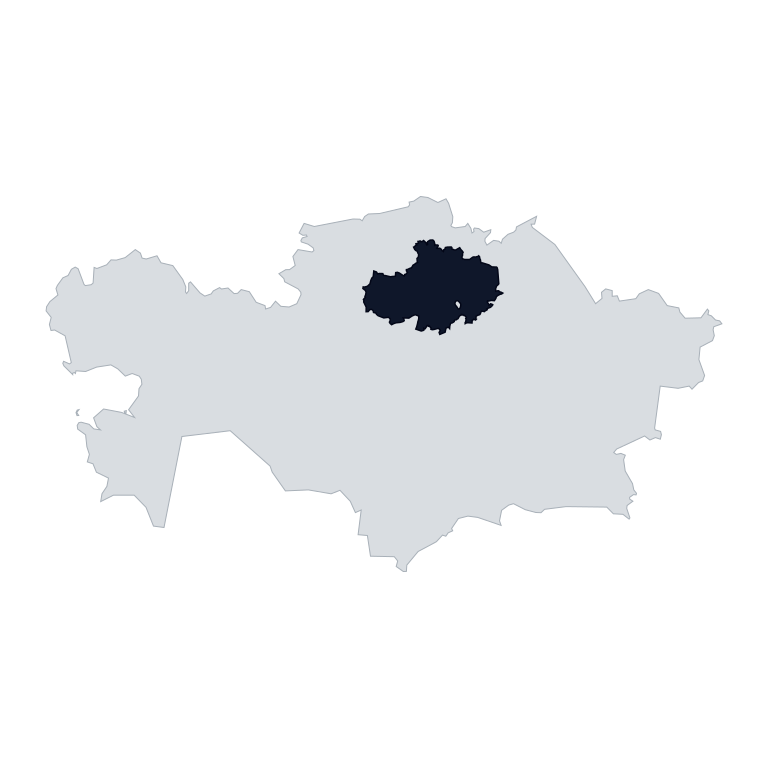 Aqmola on a map of Kazakhstan (Albers equal-area conic projection)
{"feature_id": "KAZ-3202", "entity_name": "Aqmola", "entity_type": "Region", "adm_level": 1, "iso_a3": "KAZ", "parent_name": "Kazakhstan", "parent_adm1": "", "projection": "albers", "projection_center": [70.159, 51.837], "detail": "fine", "context": "in_parent", "style": "filled", "palette": "ink", "viewbox_px": 768, "rotation_deg": 0, "n_neighbors": 0, "source": "natural_earth", "source_scale": "10m", "svg_char_len": 7450}
<svg xmlns="http://www.w3.org/2000/svg" viewBox="0 0 768 768"><path d="M452.7,530.8L448.2,532.8L445.8,536.2L442.5,535.1L436.4,541.7L418.1,551.5L406.8,565.1L406.4,571.4L403.3,571.5L396.2,566.5L397.7,561.0L394.3,556.7L370.5,556.2L367.4,535.5L358.1,534.7L361.2,510.0L355.4,512.6L350.3,501.3L340.0,490.3L331.1,493.8L308.4,489.9L285.4,490.9L272.2,472.1L270.1,466.1L230.2,430.7L181.9,436.5L164.0,527.5L153.5,526.1L146.0,507.3L134.2,495.2L113.4,495.2L100.7,501.6L102.0,493.7L106.9,486.4L108.5,478.1L96.4,472.2L93.0,463.8L87.3,461.9L89.4,454.4L86.9,446.8L85.6,434.8L77.7,429.1L77.2,425.4L78.8,422.7L81.1,422.2L89.1,424.3L93.8,428.9L100.5,429.9L96.9,426.7L93.6,417.8L103.6,409.0L121.5,412.4L134.6,417.5L128.6,409.7L138.5,396.0L139.0,388.7L141.9,384.3L141.3,379.3L139.3,376.2L132.2,373.5L125.3,376.1L117.7,368.8L110.9,364.9L96.6,367.1L85.6,371.5L76.0,370.8L75.4,373.5L74.3,372.5L72.6,373.3L72.7,374.6L63.9,365.9L62.8,363.3L63.6,361.3L69.5,363.9L71.3,362.6L65.1,335.8L54.6,330.0L51.0,330.5L49.4,324.5L51.2,317.4L46.1,310.9L46.6,306.7L49.9,301.6L57.9,295.0L56.0,288.6L57.4,285.4L62.9,277.8L68.1,275.5L71.4,269.3L75.2,267.1L78.1,268.7L84.0,284.4L85.3,285.6L91.2,284.7L93.1,283.0L94.1,267.4L96.9,268.5L106.7,264.8L111.0,259.9L116.4,260.1L125.2,257.6L135.3,249.6L140.4,253.1L142.1,258.1L146.2,259.0L157.0,255.8L161.0,262.8L172.8,265.6L182.8,279.5L185.8,286.9L185.5,292.0L186.6,293.5L188.7,290.7L188.7,283.2L190.5,281.9L200.0,292.9L204.8,296.1L211.2,293.9L213.3,290.9L219.6,287.6L221.5,289.0L228.0,288.0L234.1,293.6L237.6,293.3L241.2,289.6L249.3,291.7L256.2,302.3L265.0,305.6L265.6,309.0L270.6,307.4L275.5,301.2L280.8,306.3L289.1,307.0L296.8,303.7L301.0,294.7L300.8,292.2L298.1,288.9L284.7,281.8L283.9,278.6L278.9,273.7L285.7,269.7L289.6,269.6L295.2,265.5L292.9,256.5L298.0,249.6L312.1,252.0L313.9,250.6L313.2,247.9L308.1,244.2L301.3,241.9L300.9,240.5L302.3,237.9L307.1,236.5L306.4,235.0L302.9,235.3L299.1,233.0L304.1,223.4L314.3,226.5L353.0,219.0L359.9,219.2L362.2,220.8L364.7,216.5L368.4,214.0L379.5,213.5L408.2,206.8L409.6,204.9L409.1,202.1L413.8,201.1L420.5,196.5L427.9,197.5L437.9,202.5L446.0,198.8L448.6,203.3L452.8,216.7L452.4,222.7L450.9,225.4L451.5,226.6L455.2,227.9L465.2,226.5L467.8,223.4L470.9,228.4L472.0,233.0L474.0,231.6L473.6,229.2L474.4,228.0L478.8,228.6L483.7,232.2L490.8,229.7L490.5,232.6L485.1,238.5L484.9,241.3L486.9,245.1L493.6,240.4L498.9,241.2L501.2,243.3L502.5,239.2L508.0,234.3L513.6,232.2L515.9,230.0L516.5,226.9L536.6,216.3L534.6,224.1L531.1,224.2L532.3,227.4L554.9,244.5L585.0,286.6L595.6,303.7L602.0,298.4L601.5,292.3L605.7,288.9L612.2,290.6L612.2,296.3L617.3,295.8L619.4,301.1L635.8,298.7L639.3,293.8L648.3,289.6L658.6,293.4L667.2,305.6L678.8,307.9L679.9,312.1L685.1,318.2L701.0,317.8L707.4,309.1L708.8,310.9L707.9,314.6L711.3,315.8L715.5,320.0L719.7,320.9L721.9,323.8L713.8,326.7L713.1,329.7L714.3,335.7L712.5,340.6L700.1,347.1L698.9,359.6L704.6,375.5L702.7,380.9L698.6,382.5L692.0,389.2L689.2,386.1L678.1,388.3L660.2,386.1L654.6,428.1L655.2,429.9L660.6,431.4L661.4,434.7L660.3,439.2L655.4,437.6L649.9,440.0L644.6,436.0L616.7,449.0L613.7,452.5L616.3,454.4L620.9,453.4L625.3,455.2L623.6,459.6L625.2,471.0L632.5,483.6L633.8,489.9L636.5,493.3L636.1,494.9L633.5,494.6L629.6,497.3L629.7,499.1L632.9,501.2L627.1,505.5L626.7,508.4L629.9,517.9L629.1,519.1L622.9,514.3L613.4,513.8L606.8,507.1L566.1,506.6L544.6,509.3L541.0,512.7L535.9,512.5L525.3,509.7L513.5,503.7L508.7,505.1L501.6,510.3L499.5,520.8L501.1,525.4L477.7,517.4L467.9,516.1L458.4,518.5L451.6,528.5L452.7,530.8ZM78.7,415.5L77.0,415.6L76.0,412.6L77.2,410.1L79.0,409.6L76.8,412.5L78.7,415.5ZM126.0,413.3L124.6,412.6L124.2,411.2L126.3,410.6L126.0,413.3Z" fill="#d9dde1" stroke="#a8b0b8" stroke-width="1"/><path d="M364.3,287.1L367.4,286.3L370.0,283.8L370.8,280.5L371.8,278.1L373.2,276.7L373.8,271.0L376.5,272.0L377.6,273.9L379.2,273.5L382.8,273.6L383.5,275.4L385.4,275.6L390.6,276.8L392.1,276.5L395.4,276.3L395.7,272.6L397.4,272.3L399.3,273.0L402.9,275.4L404.3,275.9L404.7,275.1L404.7,274.5L405.9,274.2L407.5,272.3L406.4,270.8L406.4,269.6L407.4,269.5L410.6,268.0L411.3,268.1L411.8,267.2L412.3,266.7L412.5,266.1L413.1,265.1L414.5,264.4L415.6,263.4L417.5,262.5L417.3,262.3L417.0,258.4L418.2,257.3L418.7,254.6L417.9,253.1L417.2,251.2L415.6,250.4L414.6,249.2L413.6,247.1L414.7,246.5L415.1,246.0L415.6,245.4L416.6,245.0L416.2,244.7L416.0,243.7L417.6,243.5L418.5,243.2L418.3,242.8L418.0,241.5L418.6,241.5L419.1,241.2L420.1,241.0L420.6,241.1L420.7,241.6L421.9,241.7L422.8,241.1L423.6,240.5L425.0,241.8L425.6,242.5L426.1,242.9L426.6,244.8L427.5,244.7L427.7,243.8L427.0,243.1L427.2,242.5L427.7,241.6L430.1,240.1L432.8,240.0L433.6,240.7L434.1,241.4L434.7,243.5L434.7,245.2L435.3,244.8L436.1,245.0L437.6,245.0L438.2,245.4L438.0,246.3L437.4,247.3L436.9,248.3L437.8,248.4L439.8,248.2L441.3,249.3L442.3,250.9L443.4,251.5L443.7,249.8L444.8,249.3L445.4,247.5L447.5,247.1L451.3,247.0L451.7,247.4L451.9,247.7L451.9,249.1L453.8,249.6L454.3,250.0L455.2,250.1L456.0,249.8L459.7,247.7L460.8,249.5L462.4,251.2L463.1,252.3L462.6,253.2L462.5,255.7L461.7,257.0L462.6,258.8L464.7,259.5L469.6,259.5L472.7,257.2L473.9,256.9L475.5,257.1L477.4,256.5L478.2,256.4L478.7,255.8L479.6,256.9L479.7,258.3L480.4,259.7L480.9,262.8L482.4,262.9L488.9,264.9L491.8,266.9L496.6,267.1L497.1,267.6L497.7,269.6L498.8,283.8L498.1,284.7L496.6,286.0L495.6,288.7L495.8,291.2L497.7,290.8L498.8,290.8L499.2,291.7L501.1,292.2L502.8,293.1L501.6,294.0L500.1,294.3L497.8,295.5L496.3,296.7L496.0,298.0L495.3,299.3L494.3,300.7L491.3,300.4L488.4,301.1L487.6,300.9L487.3,301.8L487.5,302.4L488.5,303.8L488.9,304.7L488.9,305.3L489.8,304.9L490.6,303.8L492.1,304.3L492.8,304.8L492.0,305.9L490.5,307.3L487.8,308.3L486.8,308.9L487.2,309.7L485.7,310.6L484.9,311.0L484.5,311.6L481.7,311.1L480.5,312.7L480.5,313.5L479.8,314.6L478.5,315.1L477.9,315.1L477.2,315.6L476.1,316.2L476.0,316.9L476.1,317.2L475.7,317.7L475.8,318.7L476.4,319.1L475.6,320.0L473.5,319.2L473.0,320.0L472.2,320.3L472.0,323.0L467.7,322.7L465.9,323.1L465.2,323.6L465.1,322.7L465.6,321.9L465.9,320.7L466.1,319.0L465.7,318.6L466.4,317.2L464.6,315.5L463.9,315.5L463.4,314.9L462.5,315.0L462.1,314.5L461.4,314.4L461.2,315.1L459.5,315.9L458.0,318.7L457.1,319.1L456.5,319.7L454.7,320.1L454.2,320.6L454.3,321.4L453.7,322.0L452.0,323.0L451.1,323.1L450.5,323.5L449.8,326.0L449.6,328.5L449.1,327.9L448.2,327.2L446.0,328.1L445.1,332.2L439.8,334.4L439.1,332.4L440.3,330.3L439.4,329.4L439.0,328.5L437.9,328.4L433.9,329.5L432.2,329.7L430.9,329.3L431.1,327.9L430.5,327.6L429.4,326.0L428.3,326.3L428.1,325.4L426.9,325.6L426.1,327.3L425.1,328.8L424.3,328.8L423.8,328.4L424.0,329.9L423.1,330.5L421.2,331.0L415.8,329.1L416.7,326.8L417.5,323.8L417.9,321.6L418.3,320.5L418.7,318.9L418.8,316.1L415.3,314.7L413.6,315.3L411.9,316.1L408.9,318.1L403.2,317.9L403.8,319.0L404.2,320.7L402.9,321.6L400.2,322.4L396.0,322.8L393.7,323.6L391.6,324.7L390.1,323.4L389.4,322.1L390.1,320.8L390.2,318.8L388.5,317.3L383.8,317.9L378.1,315.7L376.6,314.4L375.6,312.8L374.0,312.7L373.4,312.2L373.2,310.6L371.7,309.4L369.8,309.6L368.2,311.6L366.1,311.7L366.2,307.1L363.7,302.0L363.9,300.5L363.4,299.5L364.2,298.5L364.9,297.9L365.4,297.4L364.9,296.8L365.2,295.8L365.6,294.9L366.1,292.2L365.3,290.4L362.9,288.5L363.2,286.9L364.3,287.1ZM458.6,309.1L459.6,308.6L460.3,307.5L460.7,305.9L460.8,304.3L460.3,303.1L459.8,302.8L459.1,301.8L457.8,300.8L457.0,300.6L456.0,301.1L455.5,301.6L455.1,302.5L454.9,303.5L455.1,304.5L455.7,305.5L456.5,306.4L457.2,307.4L457.9,308.6L458.6,309.1Z" fill="#0f172a" stroke="#020617" stroke-width="1.5"/></svg>